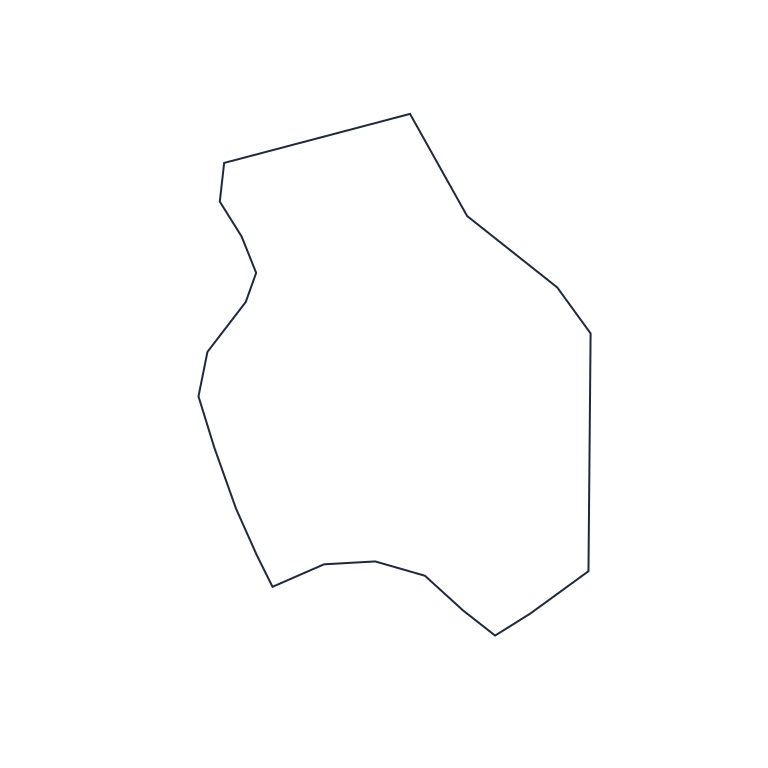 the border of Ordino, rotated 58°
{"feature_id": "AND-4878", "entity_name": "Ordino", "entity_type": "state/province", "adm_level": 1, "iso_a3": "AND", "parent_name": "Andorra", "parent_adm1": "", "projection": "natural_earth1", "projection_center": [1.528, 42.606], "detail": "fine", "context": "isolated", "style": "outline", "palette": "slate", "viewbox_px": 768, "rotation_deg": 58, "n_neighbors": 0, "source": "natural_earth", "source_scale": "10m", "svg_char_len": 441}
<svg xmlns="http://www.w3.org/2000/svg" viewBox="0 0 768 768"><g transform="rotate(58 384 384)"><path d="M450.6,182.0L651.1,309.8L656.2,381.6L656.2,423.1L617.8,437.0L568.3,450.9L529.8,485.5L505.1,530.5L496.9,586.0L461.1,582.5L411.6,575.6L348.4,561.7L296.2,547.9L263.2,516.7L241.2,457.8L222.0,433.5L183.5,426.6L142.3,426.6L111.8,402.4L168.7,218.8L285.6,224.5L394.0,185.9L450.6,182.0Z" fill="none" stroke="#1e293b" stroke-width="2"/></g></svg>